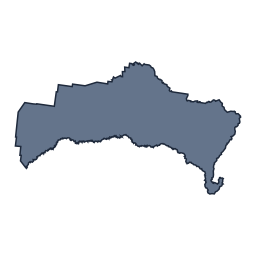 Goondiwindi, Queensland, Australia
{"feature_id": "25037944B7624735907381", "entity_name": "Goondiwindi", "entity_type": "district", "adm_level": 2, "iso_a3": "AUS", "parent_name": "Australia", "parent_adm1": "Queensland", "projection": "orthographic", "projection_center": [150.069, -28.463], "detail": "fine", "context": "isolated", "style": "filled", "palette": "slate", "viewbox_px": 256, "rotation_deg": 0, "n_neighbors": 0, "source": "geoboundaries", "source_scale": "gbopen_adm2", "svg_char_len": 5910}
<svg xmlns="http://www.w3.org/2000/svg" viewBox="0 0 256 256"><path d="M212.0,193.6L214.3,193.9L215.5,191.8L217.0,191.2L219.0,189.3L219.8,186.7L221.7,185.9L222.3,184.3L223.1,184.0L222.1,182.9L222.7,181.6L222.7,179.6L223.3,178.6L222.3,178.0L220.9,178.2L220.3,177.5L219.6,177.6L219.4,178.6L218.4,180.0L218.9,181.6L218.6,183.1L217.5,183.9L217.4,183.5L216.4,183.5L214.8,182.6L213.7,182.7L213.6,183.3L212.9,183.0L212.9,182.1L211.7,181.9L211.0,180.6L211.3,179.7L212.1,179.5L211.9,177.9L212.6,177.8L213.2,176.9L213.5,174.8L213.3,171.0L214.0,168.6L213.5,167.6L213.6,166.1L214.0,164.4L214.5,164.0L214.3,163.0L216.5,160.8L216.9,160.0L216.6,158.7L217.3,158.0L218.0,158.1L219.2,156.7L219.5,155.6L221.5,154.3L221.1,153.0L222.9,151.5L225.4,148.2L225.9,145.4L227.1,144.4L227.0,143.3L228.3,142.9L230.0,139.8L230.7,139.5L231.4,139.7L231.9,138.8L231.6,137.3L231.1,136.6L232.8,136.1L234.8,134.2L235.3,131.3L234.8,129.8L234.8,127.6L235.7,126.7L236.6,126.8L238.0,125.4L238.2,123.6L239.4,123.3L239.9,122.0L239.3,118.4L240.6,117.1L240.1,116.5L240.4,116.1L238.1,113.7L236.0,113.8L235.1,112.3L235.2,111.8L234.2,111.2L233.4,111.5L230.8,111.2L227.3,112.3L224.5,109.6L224.0,107.3L222.3,106.2L222.0,104.9L222.3,104.5L222.3,103.3L220.9,102.3L219.1,99.8L215.5,101.2L215.1,100.5L213.9,99.9L213.1,100.1L212.6,100.9L211.5,101.4L210.9,102.1L209.9,102.2L209.4,102.1L209.3,101.6L208.4,101.5L207.4,102.5L206.7,102.3L205.5,103.4L200.0,102.5L200.1,101.9L199.1,101.7L198.3,102.5L197.2,102.3L197.4,100.9L195.0,101.1L193.5,101.8L190.7,101.6L190.8,100.9L188.2,100.4L187.2,100.9L186.7,100.3L186.4,98.5L187.9,95.5L187.9,94.2L171.8,91.8L171.4,90.9L170.2,91.4L169.3,90.4L169.9,88.2L167.7,86.7L167.0,85.8L166.9,84.7L164.1,83.8L163.3,82.6L162.6,83.1L162.1,82.7L162.0,80.6L161.1,79.9L159.9,79.7L159.9,79.3L158.7,79.2L157.4,77.9L157.1,76.5L154.9,75.7L154.7,71.6L153.8,69.3L152.8,67.9L151.4,67.5L150.5,66.0L149.1,65.0L144.7,64.4L144.1,63.8L142.1,65.8L139.6,63.2L139.0,63.9L138.2,63.3L138.1,64.0L135.7,62.0L133.5,63.6L134.3,64.7L133.8,65.3L133.2,65.3L131.7,63.6L129.6,63.3L128.9,67.7L124.7,67.1L124.9,71.6L122.4,71.6L122.5,76.7L121.2,76.6L120.5,75.5L115.1,78.1L113.5,77.0L112.4,80.1L111.9,80.0L112.3,80.7L111.9,81.8L108.0,81.4L107.7,83.9L96.9,82.2L85.1,85.8L72.6,84.1L72.2,86.6L58.4,84.7L57.5,91.9L56.3,91.8L54.3,106.3L36.8,103.8L36.7,104.2L33.1,103.9L24.8,102.6L18.2,112.1L15.6,137.0L16.5,137.1L15.4,146.0L20.8,146.5L19.9,155.3L21.2,155.4L20.5,160.9L25.6,167.5L25.9,167.0L26.6,168.2L27.2,167.2L26.5,166.8L28.4,164.3L28.5,162.9L29.8,161.9L30.3,162.5L31.0,161.7L32.3,162.2L33.5,161.0L33.2,159.6L34.8,159.9L35.0,159.5L35.4,159.7L36.4,159.2L37.0,158.4L36.9,157.3L37.4,157.2L37.1,156.6L39.2,155.6L40.0,155.7L40.5,154.4L41.5,154.0L41.7,153.3L42.3,153.6L43.0,152.8L43.6,153.7L43.8,152.8L44.9,152.6L44.6,152.3L45.8,150.6L47.5,151.0L47.7,150.2L48.4,150.3L48.5,149.4L49.8,149.4L49.9,148.8L50.2,149.0L50.8,148.2L51.4,149.0L51.6,148.5L52.2,149.0L52.4,148.6L53.1,149.3L53.6,147.6L54.5,147.4L55.2,146.6L54.9,146.3L55.4,146.2L55.4,145.5L56.0,145.5L55.4,145.2L56.4,144.8L56.7,143.6L56.3,143.1L57.5,142.3L57.2,141.5L58.2,140.8L58.3,140.0L60.1,139.9L60.6,138.8L61.3,139.0L62.0,138.4L62.3,138.6L62.4,138.1L63.1,138.2L63.2,138.7L64.5,138.1L66.2,138.3L66.4,138.6L67.6,137.8L69.1,137.9L70.0,138.5L70.0,139.4L70.7,139.3L70.6,140.2L71.1,140.5L72.2,139.8L73.6,140.3L74.0,141.5L74.7,141.8L75.2,141.3L75.3,142.0L76.1,142.6L75.6,143.3L76.5,143.6L77.4,143.0L77.5,143.5L78.3,143.1L78.6,143.5L78.8,142.9L78.5,142.7L79.1,142.2L78.7,142.4L78.6,141.9L80.1,141.6L79.9,141.2L80.6,141.3L80.4,141.8L81.4,141.9L81.6,141.6L81.9,142.1L82.0,141.4L82.6,141.2L83.1,141.8L83.7,141.4L84.1,141.7L84.1,141.2L85.0,141.7L87.2,140.9L87.9,141.9L88.1,141.2L88.8,140.7L89.5,140.7L89.9,141.3L90.7,140.7L91.2,141.0L91.3,140.5L91.8,141.0L92.3,140.6L92.6,141.4L93.6,141.5L93.3,141.7L93.5,142.1L93.9,141.8L94.3,142.4L95.1,141.3L95.8,141.1L96.8,141.5L97.3,141.3L97.8,142.0L98.5,141.1L99.4,141.5L100.2,141.1L100.6,141.6L102.0,139.7L103.7,139.0L103.7,138.5L104.6,138.4L105.3,139.0L106.1,138.7L106.4,139.3L107.0,139.1L107.1,138.4L108.0,138.6L108.3,138.2L108.9,138.9L109.0,138.2L109.9,138.3L109.9,137.0L111.4,137.6L111.8,137.2L111.6,136.9L112.2,136.6L113.0,137.1L113.4,136.6L113.6,137.1L113.6,136.6L114.4,136.5L114.3,136.0L114.7,135.7L114.9,136.4L116.0,135.8L116.2,137.0L117.2,136.3L116.7,136.9L117.4,137.1L117.5,137.5L117.0,137.5L117.5,137.8L117.9,137.2L119.6,138.0L119.7,137.3L120.9,137.4L121.3,136.7L121.0,136.2L121.7,136.6L121.4,136.1L122.1,136.2L124.2,134.8L125.2,135.1L125.9,134.6L126.7,135.6L128.3,136.4L128.9,137.7L130.7,138.0L130.8,139.1L131.7,139.3L131.7,140.0L132.1,140.2L131.7,141.0L132.3,141.3L132.3,142.3L133.6,142.7L133.7,143.4L134.8,142.8L135.9,143.5L135.7,145.0L136.7,145.0L138.1,146.3L139.2,146.2L139.4,146.7L140.6,145.9L141.2,146.2L141.6,145.6L143.8,146.1L144.7,145.4L145.9,145.9L144.8,146.4L144.9,146.7L146.8,147.0L147.1,146.3L146.6,145.7L147.1,145.3L147.6,146.1L149.3,145.5L150.8,146.4L150.8,146.9L152.2,147.2L152.8,146.7L153.4,147.5L154.1,146.4L156.7,145.1L157.3,146.1L158.2,145.4L159.6,145.2L159.7,144.6L161.1,143.7L163.0,143.6L163.2,144.1L164.3,144.0L166.6,145.6L168.4,145.8L168.4,146.6L170.8,147.3L172.0,148.6L172.5,148.4L172.8,149.2L173.4,148.7L173.8,149.3L174.5,148.7L175.5,148.7L176.2,149.6L176.9,149.6L177.4,150.2L177.5,151.8L178.0,152.6L178.6,152.4L179.1,153.1L180.0,153.2L180.6,152.7L181.3,152.8L183.8,153.5L185.2,155.5L185.2,156.3L184.4,156.5L185.0,157.3L184.9,158.4L185.6,158.4L186.4,159.1L185.8,161.3L186.5,163.0L187.2,163.1L187.2,163.6L188.6,163.1L189.5,162.2L191.2,162.4L191.3,163.1L192.9,163.7L193.5,164.6L195.8,165.1L196.8,166.5L197.7,166.3L198.9,166.8L200.1,168.7L201.3,169.1L201.7,168.8L202.3,170.5L204.9,171.9L205.4,173.7L204.6,175.0L205.4,175.8L205.0,176.3L205.6,179.0L204.6,180.3L205.8,180.9L205.7,181.9L206.1,182.2L204.8,184.5L205.1,186.6L206.0,188.0L206.8,188.0L208.2,190.2L207.5,191.0L207.9,192.8L209.8,194.0L212.0,193.6Z" fill="#64748b" stroke="#1e293b" stroke-width="1.5"/></svg>